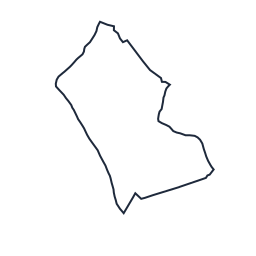 Bahr-Azoum, Salamat, Chad, rotated 132°
{"feature_id": "50815135B73615292321578", "entity_name": "Bahr-Azoum", "entity_type": "district", "adm_level": 2, "iso_a3": "TCD", "parent_name": "Chad", "parent_adm1": "Salamat", "projection": "natural_earth1", "projection_center": [20.375, 10.976], "detail": "fine", "context": "isolated", "style": "outline", "palette": "slate", "viewbox_px": 256, "rotation_deg": 132, "n_neighbors": 0, "source": "geoboundaries", "source_scale": "gbopen_adm2", "svg_char_len": 1553}
<svg xmlns="http://www.w3.org/2000/svg" viewBox="0 0 256 256"><g transform="rotate(132 128 128)"><path d="M68.4,161.6L63.4,187.3L67.6,189.2L66.8,193.9L64.6,198.4L64.4,198.8L64.8,203.9L61.8,206.5L65.0,212.3L67.8,219.9L70.2,219.3L73.6,218.3L77.1,216.3L81.2,215.1L85.3,214.4L89.7,213.7L93.6,214.1L96.5,214.3L98.5,213.4L100.7,211.9L103.7,211.1L106.6,211.5L109.3,211.9L111.7,212.1L115.2,212.0L119.1,212.0L121.5,212.1L125.0,212.5L128.7,212.9L131.1,213.3L136.3,214.0L139.8,213.3L143.4,211.3L145.3,209.3L145.8,204.5L146.3,198.1L147.3,194.1L147.9,190.2L148.9,185.5L150.2,183.0L150.8,180.5L152.5,176.3L153.7,173.4L154.8,171.0L155.7,167.2L156.9,162.9L157.7,160.3L158.9,157.5L160.4,153.9L161.8,149.6L162.7,145.6L163.4,142.3L164.8,135.7L167.3,130.2L168.7,126.3L169.8,123.2L171.0,119.6L173.0,115.7L174.7,112.0L175.6,109.6L177.0,107.3L179.8,103.3L181.4,100.7L183.3,97.7L185.5,95.3L187.9,92.0L189.8,88.8L191.9,85.7L192.7,82.6L193.4,80.0L193.8,76.9L194.2,74.2L176.9,77.7L171.6,78.9L171.8,70.8L168.6,68.7L161.0,64.4L137.8,50.5L137.3,50.3L116.2,38.5L112.9,36.7L111.9,36.9L110.1,37.2L108.0,36.1L101.5,36.6L101.0,39.7L100.3,42.1L98.8,46.5L96.8,50.8L94.9,54.0L92.9,57.6L89.8,62.4L88.5,66.6L88.4,70.0L89.2,73.2L91.9,77.0L94.9,80.4L97.0,85.6L98.8,88.8L100.0,92.3L99.6,95.3L99.3,98.1L100.2,101.6L101.7,106.0L102.5,109.9L101.1,111.7L99.0,113.1L97.1,114.3L94.7,115.5L91.4,115.7L88.3,117.6L85.3,119.4L81.6,122.0L79.4,122.7L75.9,124.7L72.9,125.9L70.1,126.0L67.8,125.9L68.7,131.0L71.0,133.7L68.8,136.9L70.2,150.4L68.4,161.6Z" fill="none" stroke="#1e293b" stroke-width="2"/></g></svg>